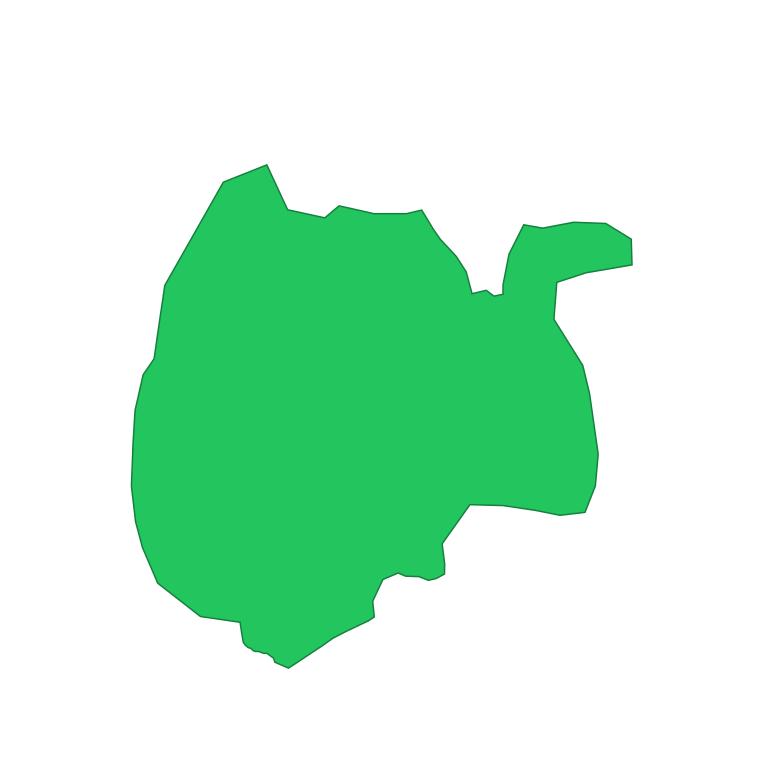 the district of Ussa, Taraba, Nigeria, rotated 163°
{"feature_id": "59680162B61170702756328", "entity_name": "Ussa", "entity_type": "district", "adm_level": 2, "iso_a3": "NGA", "parent_name": "Nigeria", "parent_adm1": "Taraba", "projection": "robinson", "projection_center": [10.057, 7.125], "detail": "fine", "context": "isolated", "style": "filled", "palette": "green", "viewbox_px": 768, "rotation_deg": 163, "n_neighbors": 0, "source": "geoboundaries", "source_scale": "gbopen_adm2", "svg_char_len": 1227}
<svg xmlns="http://www.w3.org/2000/svg" viewBox="0 0 768 768"><g transform="rotate(163 384 384)"><path d="M478.6,624.0L526.2,578.9L564.8,542.4L571.1,529.0L573.1,524.9L578.0,514.6L596.5,475.3L611.6,463.3L629.7,431.7L641.5,400.2L644.9,390.3L655.4,360.2L661.8,325.1L662.8,298.4L658.6,259.6L627.5,215.3L591.7,198.4L591.3,198.3L592.9,187.5L594.1,177.9L592.8,174.5L590.9,171.6L588.6,170.1L587.2,167.4L584.9,165.7L582.4,165.0L577.8,161.6L574.7,160.7L572.0,157.0L569.8,154.2L569.7,149.8L558.4,140.2L542.1,145.0L519.3,151.8L507.3,155.8L493.0,158.4L477.1,160.8L467.9,162.1L461.4,164.1L458.3,179.6L442.2,197.4L425.7,199.1L419.5,193.9L407.0,189.6L404.4,187.6L399.0,183.3L391.0,182.7L381.7,184.6L378.6,194.1L375.1,214.2L354.2,230.3L337.1,243.5L328.8,240.7L305.6,232.9L276.0,218.8L254.1,207.0L229.3,202.5L211.7,224.7L199.7,254.2L190.2,314.9L188.5,343.7L202.6,396.2L189.0,430.7L158.3,431.3L112.0,425.4L105.2,450.2L125.0,472.7L155.3,483.2L186.8,486.7L203.8,495.4L226.5,471.6L241.2,444.0L244.0,435.0L253.2,435.9L258.8,443.7L273.4,444.6L272.6,467.2L277.6,484.9L287.8,505.8L291.5,517.3L297.1,539.3L312.6,540.3L343.8,549.8L374.9,567.5L392.1,560.2L425.2,578.8L432.0,627.8L478.6,624.0Z" fill="#22c55e" stroke="#15803d" stroke-width="1.5"/></g></svg>